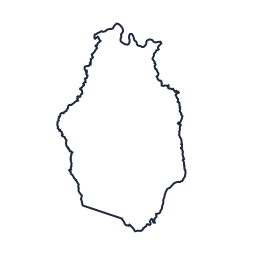 Tucumã, Pará, Brazil (Mercator projection), rotated 108°
{"feature_id": "56859067B53975647887344", "entity_name": "Tucumã", "entity_type": "district", "adm_level": 2, "iso_a3": "BRA", "parent_name": "Brazil", "parent_adm1": "Pará", "projection": "mercator", "projection_center": [-51.437, -6.813], "detail": "fine", "context": "isolated", "style": "outline", "palette": "slate", "viewbox_px": 256, "rotation_deg": 108, "n_neighbors": 0, "source": "geoboundaries", "source_scale": "gbopen_adm2", "svg_char_len": 5767}
<svg xmlns="http://www.w3.org/2000/svg" viewBox="0 0 256 256"><g transform="rotate(108 128 128)"><path d="M209.7,73.3L208.6,74.1L207.5,74.5L205.7,74.6L203.8,73.6L202.9,73.7L202.2,74.3L201.2,74.8L200.6,73.9L200.1,72.9L199.5,72.1L198.8,71.6L197.8,71.3L196.7,71.6L194.7,70.9L193.6,70.9L191.7,71.4L189.6,71.2L188.6,71.3L187.1,71.6L185.9,72.2L181.5,72.1L180.7,72.4L178.6,72.3L177.5,72.4L175.8,72.1L175.0,72.1L173.3,71.3L171.8,69.6L167.5,67.7L166.4,67.2L164.7,65.3L164.0,64.3L163.7,63.5L163.6,62.6L163.2,61.8L162.4,61.2L161.9,60.3L161.1,59.8L160.0,59.8L158.2,59.3L156.3,58.9L155.0,59.2L154.1,59.2L153.1,59.3L152.2,59.8L150.4,60.4L150.2,61.2L149.4,61.5L148.5,62.2L146.8,62.4L146.2,63.2L144.4,63.7L142.7,64.7L142.0,65.3L141.6,66.0L140.7,65.8L140.1,65.1L139.3,65.7L138.8,66.5L137.8,66.8L136.7,67.8L135.9,68.1L133.8,68.3L133.3,69.0L132.5,69.2L131.6,70.0L131.3,70.9L130.5,71.5L129.9,70.6L128.1,71.3L127.2,71.4L126.9,72.4L126.1,72.0L125.4,72.4L124.4,72.8L123.6,73.3L122.7,73.6L121.9,74.2L121.0,75.4L119.5,76.6L118.9,77.3L117.1,77.4L115.4,78.3L114.4,78.1L113.3,78.1L112.6,78.6L110.6,79.0L108.8,78.8L108.8,79.8L108.7,81.1L108.2,82.0L107.1,81.6L107.2,80.2L103.0,79.7L102.1,79.8L100.4,79.8L99.5,80.3L99.1,81.3L98.4,81.9L97.6,81.9L96.0,84.1L95.2,84.2L94.0,84.1L92.8,85.2L91.9,84.9L91.3,85.6L90.6,86.1L89.7,86.3L88.9,86.9L88.0,87.0L87.7,88.9L86.7,88.7L84.9,89.4L84.6,90.4L82.5,92.2L82.0,92.9L80.9,92.8L80.1,92.1L79.5,91.3L78.6,90.7L78.0,91.4L78.2,92.6L77.8,93.4L78.6,93.7L79.1,94.4L78.5,95.2L77.8,95.7L77.6,96.6L76.8,97.3L77.5,98.2L77.5,99.2L77.3,100.0L77.7,101.0L77.7,101.9L76.7,102.7L75.7,102.3L74.9,102.7L75.7,103.6L76.3,106.4L77.0,107.2L77.2,108.2L77.2,109.1L76.1,109.6L75.3,109.5L74.4,110.3L73.3,110.6L72.9,111.9L73.3,112.8L72.9,113.8L71.8,115.3L70.9,115.8L70.2,116.7L69.4,116.1L68.6,115.7L67.7,115.7L66.6,116.0L64.4,118.6L63.5,118.9L63.4,120.1L62.8,120.7L61.4,121.7L60.3,121.7L59.3,121.3L58.4,121.9L58.1,122.8L57.2,122.8L56.7,123.6L55.9,124.3L55.4,125.2L54.7,126.1L53.6,126.1L51.4,125.7L50.6,125.8L49.7,126.3L48.9,126.1L47.9,125.5L47.0,125.2L45.9,125.2L45.1,124.7L44.5,123.7L43.8,123.1L43.1,123.8L42.2,124.4L41.1,124.3L40.1,123.8L38.1,123.0L37.2,122.5L35.9,123.8L36.9,126.1L37.7,127.4L38.1,128.2L38.2,129.7L37.8,130.7L37.3,131.4L36.9,132.3L36.8,133.6L37.1,134.7L37.5,135.6L39.1,137.0L40.0,137.1L42.3,136.8L43.2,136.8L44.0,137.1L45.4,137.7L46.2,138.4L46.5,139.1L46.5,140.1L46.2,141.3L46.5,144.0L45.8,145.2L43.9,146.4L43.2,147.2L43.0,148.4L42.6,149.0L39.6,151.0L38.6,151.9L37.6,153.0L37.5,153.8L37.9,155.0L38.9,155.4L40.8,155.2L41.8,155.0L43.6,153.8L44.9,153.3L46.2,153.1L47.5,153.2L48.7,153.9L49.1,155.1L49.2,156.9L49.0,158.3L48.2,160.9L47.6,161.8L46.7,162.3L44.7,162.7L43.7,162.6L42.7,162.7L41.2,163.6L39.2,162.9L37.7,162.6L36.8,162.8L35.7,163.4L34.5,164.5L33.1,166.5L32.3,168.3L32.0,169.8L32.3,171.1L33.3,171.8L35.8,172.8L36.7,173.0L37.7,173.0L39.2,174.8L39.5,176.0L40.7,178.0L41.6,178.7L42.4,179.1L43.1,179.7L44.1,181.2L44.3,182.1L44.1,183.0L46.5,185.4L47.0,186.2L48.0,186.8L48.8,187.5L49.4,188.5L50.5,188.4L51.3,188.1L52.1,188.0L52.9,187.7L53.3,186.9L52.4,186.3L51.7,185.7L50.5,185.0L50.8,184.2L52.5,182.9L53.2,182.1L53.7,181.0L56.9,183.1L58.8,182.9L59.2,184.0L60.1,184.2L60.5,183.3L61.5,182.1L63.6,182.9L65.8,183.4L67.5,184.2L68.4,184.4L69.0,185.2L70.1,184.8L70.8,184.1L71.4,183.2L72.4,183.4L74.1,184.7L74.7,184.1L75.6,184.1L76.5,183.8L77.4,184.4L78.2,183.3L79.2,183.2L79.1,184.1L80.9,184.3L81.4,185.2L82.3,187.1L83.0,188.0L83.8,188.0L84.8,187.7L85.6,187.2L86.1,186.4L86.8,185.8L86.2,185.0L87.2,184.4L87.9,185.0L88.4,184.3L89.7,184.4L90.2,183.7L90.5,182.7L91.4,182.6L92.3,182.8L93.2,182.7L93.7,183.5L94.4,184.2L95.3,183.4L96.4,183.1L97.4,182.5L97.7,183.4L99.7,184.2L100.0,183.2L101.0,183.0L101.8,183.7L102.9,184.2L103.8,184.3L104.5,185.1L105.2,185.7L106.1,185.3L106.2,184.3L106.5,183.5L109.1,182.1L110.0,182.6L110.7,183.2L112.4,183.0L113.3,183.4L113.2,184.3L113.2,185.3L114.0,185.8L115.4,184.8L116.2,185.3L117.4,184.0L118.2,185.2L119.6,186.5L120.6,187.0L122.2,188.1L122.9,188.6L123.7,189.1L124.1,190.9L125.1,191.5L126.6,191.7L127.5,191.2L128.4,191.3L129.2,191.9L130.1,191.8L131.0,191.9L131.4,192.7L132.2,193.1L132.9,193.9L133.9,193.8L134.0,194.8L134.3,195.8L135.1,196.4L136.0,196.6L137.1,196.3L138.0,196.3L138.6,197.1L139.4,196.6L140.2,197.0L141.3,196.9L142.2,196.2L144.0,197.0L145.1,196.4L146.1,196.5L147.6,195.9L148.1,195.1L150.0,194.7L150.2,193.8L150.8,193.2L150.8,192.2L151.7,192.4L152.1,189.9L153.4,189.2L154.2,188.2L155.3,188.8L156.1,188.0L156.1,185.8L156.6,185.1L157.6,184.4L158.2,183.2L158.9,182.5L160.2,182.7L162.0,182.1L163.2,181.5L164.7,180.2L165.0,179.1L166.0,178.8L165.9,177.9L166.6,177.1L167.5,176.8L168.1,176.1L167.7,175.1L168.2,174.3L168.4,173.4L169.4,173.9L170.2,173.5L171.1,173.8L171.9,173.4L174.1,173.5L175.0,172.6L175.9,172.8L179.0,170.8L180.2,170.5L181.2,170.5L181.9,169.9L182.9,170.1L184.0,170.1L184.9,169.4L185.6,170.3L186.3,170.9L186.9,170.1L186.9,169.2L187.6,168.9L188.7,168.6L189.3,167.7L189.7,166.8L190.8,165.1L192.0,164.1L192.6,163.3L192.9,162.5L193.6,162.0L193.5,161.1L194.5,160.6L194.9,159.9L196.4,158.3L196.8,157.5L199.4,157.2L200.0,156.5L200.8,156.1L201.7,156.1L202.6,155.8L203.5,155.2L204.3,154.4L206.4,151.1L208.2,150.8L210.4,150.7L210.9,150.0L214.7,147.8L215.7,147.0L216.0,108.6L216.1,105.6L216.9,105.0L218.1,103.3L218.9,102.4L219.7,101.8L220.5,101.0L220.9,100.1L221.1,99.0L220.6,98.2L220.8,97.1L219.5,96.8L220.1,95.1L220.7,94.4L221.1,93.4L222.2,91.5L223.5,90.1L224.0,89.3L223.6,88.4L223.0,87.7L222.5,86.5L222.1,84.7L221.6,83.6L220.4,82.8L219.4,82.5L218.4,82.5L217.9,81.8L217.0,81.4L215.7,80.3L214.6,80.4L213.5,79.9L213.4,78.9L213.6,77.8L213.1,76.9L212.2,76.9L211.3,77.2L210.7,77.9L209.9,78.3L207.9,77.9L207.2,77.5L207.3,76.5L207.9,75.7L208.8,75.5L209.6,75.1L210.1,74.4L209.7,73.3Z" fill="none" stroke="#1e293b" stroke-width="2"/></g></svg>